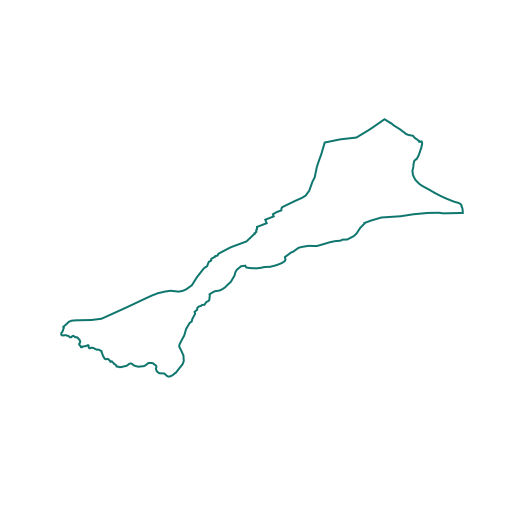 the district of Seruyan, Kalimantan Tengah, Indonesia, rotated 249°
{"feature_id": "22746128B10156150641021", "entity_name": "Seruyan", "entity_type": "district", "adm_level": 2, "iso_a3": "IDN", "parent_name": "Indonesia", "parent_adm1": "Kalimantan Tengah", "projection": "equal_earth", "projection_center": [112.304, -2.121], "detail": "fine", "context": "isolated", "style": "outline", "palette": "teal", "viewbox_px": 512, "rotation_deg": 249, "n_neighbors": 0, "source": "geoboundaries", "source_scale": "gbopen_adm2", "svg_char_len": 5758}
<svg xmlns="http://www.w3.org/2000/svg" viewBox="0 0 512 512"><g transform="rotate(249 256 256)"><path d="M258.5,50.6L257.9,50.9L257.6,50.7L257.0,50.0L255.8,49.2L255.3,48.6L254.8,48.3L253.8,46.6L253.0,46.2L252.2,46.0L251.9,46.2L251.2,46.7L251.1,47.1L251.0,47.7L250.8,47.9L250.4,49.7L250.1,50.1L249.9,50.5L249.2,51.3L248.7,52.1L247.9,52.6L246.9,53.1L246.6,53.5L246.5,54.0L246.4,54.6L246.8,55.2L246.9,55.6L247.0,56.3L246.9,56.8L246.6,57.1L246.3,57.4L245.6,57.8L245.3,57.8L244.9,58.2L244.8,58.6L244.5,59.4L244.3,59.7L243.9,59.8L243.6,60.1L243.3,60.4L242.3,60.6L241.9,60.9L241.3,61.2L240.7,61.1L239.6,61.3L238.5,61.0L237.6,59.8L237.2,59.4L236.9,59.3L236.0,59.3L234.8,60.0L233.7,59.9L233.4,60.3L233.2,60.6L233.2,61.2L233.5,61.7L233.5,62.1L233.3,63.5L233.1,63.8L232.9,64.3L232.9,64.9L233.0,66.7L232.9,67.3L232.6,67.6L232.0,67.6L231.6,67.4L231.4,67.2L230.9,67.1L230.5,67.1L229.7,67.3L229.4,67.7L229.3,68.3L229.4,69.4L229.3,69.9L228.6,70.7L228.4,71.2L227.7,71.9L227.0,72.4L226.4,73.0L225.7,73.6L225.4,74.1L225.3,74.9L224.8,75.8L224.4,76.0L223.4,76.9L222.8,77.6L222.4,77.7L221.5,77.4L220.5,77.4L219.8,77.5L219.4,77.5L217.8,77.3L217.4,77.3L217.1,77.5L216.6,77.6L216.1,77.6L215.4,77.8L214.5,77.8L213.7,78.4L213.4,79.0L213.3,79.5L213.2,80.1L213.1,80.7L212.9,81.0L211.2,81.7L210.7,82.1L209.6,82.1L209.3,82.4L209.5,82.7L209.5,83.2L209.4,83.5L209.1,83.8L207.9,84.2L207.0,84.7L206.4,84.9L205.9,84.9L205.6,85.2L205.3,85.6L204.7,85.9L204.3,86.2L203.8,86.3L203.2,86.2L202.8,86.2L202.5,86.6L202.3,86.9L202.2,87.7L201.3,88.5L201.0,89.0L200.8,90.0L200.5,90.5L200.4,92.4L199.9,95.1L199.9,96.0L200.1,96.9L200.4,97.8L200.7,98.8L200.7,100.2L200.2,101.1L198.9,102.1L197.6,102.8L195.8,104.9L195.3,105.9L194.6,106.9L194.2,108.9L193.9,109.8L193.3,112.2L194.0,115.3L194.4,116.1L194.6,117.4L194.4,118.2L194.1,118.6L193.5,120.4L193.1,120.8L192.6,121.5L191.4,122.1L189.8,123.2L188.9,123.5L187.7,123.0L186.6,122.1L183.9,122.1L183.0,122.5L181.2,123.7L180.4,125.5L179.9,126.7L179.2,128.2L178.5,128.6L176.3,129.7L175.0,130.7L174.4,132.0L174.5,134.6L174.7,135.9L174.9,136.5L175.4,137.5L175.7,138.6L175.5,138.9L181.3,148.7L183.8,150.9L189.1,152.6L194.5,152.3L198.8,151.8L200.6,152.7L203.4,155.7L207.5,160.5L212.9,164.6L217.3,170.1L217.9,172.5L219.7,173.7L220.8,174.9L223.9,178.5L225.8,178.6L226.4,180.1L226.8,181.7L228.6,182.6L229.1,183.9L229.3,184.6L229.1,186.7L229.6,187.8L229.5,188.7L228.9,190.3L230.8,193.1L231.1,195.6L231.6,196.6L236.1,198.9L236.9,198.9L237.3,200.9L237.7,203.3L237.8,205.3L237.1,208.2L236.8,210.1L237.0,212.0L237.4,214.2L237.9,216.1L238.4,217.4L239.0,218.5L240.9,223.2L245.4,228.9L248.2,230.9L250.0,233.1L251.8,238.5L250.8,242.4L250.5,242.3L248.7,242.9L246.8,246.2L244.2,252.3L243.0,257.4L242.9,259.0L242.2,261.3L241.8,262.6L241.0,264.8L240.8,265.9L240.7,266.6L240.5,268.3L240.2,270.8L240.1,273.6L240.1,275.9L240.3,278.4L240.9,281.0L242.0,282.2L244.6,282.6L246.7,289.9L246.7,292.2L248.4,298.6L248.0,302.3L246.7,308.5L243.5,316.3L242.8,324.2L242.4,329.9L241.5,335.3L240.1,340.0L240.2,342.8L238.7,347.1L239.5,354.2L240.8,357.7L244.9,363.4L247.7,369.5L247.9,369.4L247.9,375.5L247.0,386.9L241.3,405.2L238.5,418.1L234.6,431.9L230.8,442.3L228.7,446.1L222.1,464.5L223.1,464.8L224.5,465.3L225.3,465.5L225.8,465.6L227.1,465.8L227.7,465.7L228.1,465.8L228.6,465.7L229.1,465.7L229.7,466.0L229.9,466.0L230.9,465.7L231.7,465.2L232.2,464.8L233.4,463.6L235.0,461.3L237.2,458.7L237.5,458.4L238.1,457.8L240.9,454.8L241.1,454.5L241.4,454.3L243.2,452.4L246.4,449.4L250.7,445.6L250.8,445.5L250.9,445.3L251.1,445.3L251.3,445.2L253.0,443.7L256.2,441.2L256.7,440.7L257.6,440.0L258.4,439.2L258.8,438.9L260.1,437.8L262.3,436.0L264.3,434.6L266.1,433.7L269.4,432.3L270.0,432.1L271.0,431.9L271.7,431.9L273.2,431.7L275.8,431.6L277.6,432.2L278.9,432.3L280.4,433.2L281.0,433.6L281.2,433.8L282.3,434.5L283.3,435.0L283.5,435.0L283.6,434.8L283.5,435.0L283.8,435.2L283.9,435.3L284.5,435.6L284.8,435.8L285.0,435.9L285.9,436.4L286.0,436.4L288.0,437.8L288.6,439.0L288.7,439.7L288.8,440.1L288.9,440.4L289.1,440.5L289.1,441.0L289.8,441.7L289.9,441.8L290.0,441.9L290.0,442.0L290.3,442.3L290.4,442.6L290.7,443.0L291.3,443.4L291.7,444.0L292.3,444.5L292.7,444.8L292.9,445.0L293.1,445.1L293.3,445.3L294.0,445.9L294.1,446.1L294.5,446.4L296.3,447.7L296.8,448.3L297.7,449.1L298.1,449.3L298.9,449.8L299.6,450.1L299.8,450.4L300.5,450.9L301.7,451.5L303.5,451.7L303.7,451.3L303.6,451.0L303.8,450.2L304.1,449.3L304.6,449.3L304.6,449.6L304.8,449.7L306.0,448.7L307.0,448.2L308.5,447.0L309.0,446.8L309.5,446.6L310.3,446.1L311.7,445.8L312.2,445.3L312.4,444.9L313.3,443.4L314.4,441.7L315.0,441.0L315.5,440.6L315.6,440.3L316.1,439.9L316.9,439.2L317.1,439.2L317.0,439.3L317.6,439.1L319.7,437.6L319.8,437.6L321.9,436.3L322.7,435.8L328.7,431.3L331.2,430.0L331.4,429.8L331.4,429.7L332.6,428.9L332.6,428.7L332.8,428.7L335.3,426.7L336.5,425.9L337.6,424.9L334.0,410.2L333.1,406.1L330.6,392.1L330.9,391.1L331.8,387.6L334.7,376.5L337.3,360.8L327.6,353.4L322.2,348.7L317.3,344.7L308.4,339.0L305.2,335.4L297.9,329.1L294.6,324.0L293.8,319.8L293.4,311.9L292.2,298.0L291.5,297.0L289.5,295.9L289.6,290.9L288.9,286.7L286.6,286.7L286.6,277.7L282.8,277.7L282.8,267.3L280.9,266.7L280.6,266.0L280.3,266.0L279.4,265.1L278.6,265.1L278.4,265.0L278.4,264.6L277.7,263.4L277.7,262.8L277.2,262.8L277.1,262.2L273.0,252.3L273.2,237.3L273.1,234.5L272.1,226.0L271.7,222.7L271.4,221.4L270.5,220.7L270.1,219.6L270.5,218.5L270.5,217.8L269.7,217.0L269.9,216.3L269.4,213.4L269.0,212.9L268.1,212.7L267.5,211.8L267.6,210.4L267.3,209.7L265.4,207.9L264.0,206.7L263.6,204.4L263.0,202.6L257.4,193.3L251.7,185.7L249.9,179.0L249.7,174.8L250.5,170.9L254.2,163.7L255.6,157.4L255.7,156.0L256.4,151.5L256.4,144.6L255.9,136.9L254.3,115.2L252.8,89.2L255.2,79.5L260.5,64.8L261.7,60.6L261.6,57.6L260.4,54.8L258.9,50.7L258.5,50.6Z" fill="none" stroke="#0f766e" stroke-width="2"/></g></svg>